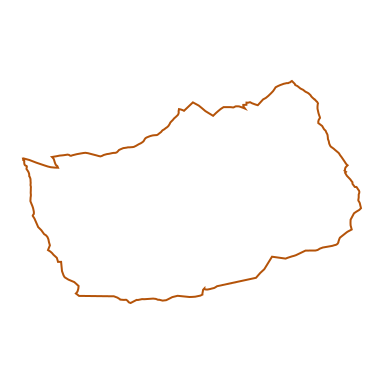 Iacobeni, Suceava, Romania
{"feature_id": "2599482B55221008009408", "entity_name": "Iacobeni", "entity_type": "district", "adm_level": 2, "iso_a3": "ROU", "parent_name": "Romania", "parent_adm1": "Suceava", "projection": "natural_earth1", "projection_center": [25.302, 47.433], "detail": "fine", "context": "isolated", "style": "outline", "palette": "amber", "viewbox_px": 384, "rotation_deg": 0, "n_neighbors": 0, "source": "geoboundaries", "source_scale": "gbopen_adm2", "svg_char_len": 5141}
<svg xmlns="http://www.w3.org/2000/svg" viewBox="0 0 384 384"><path d="M75.9,293.5L76.3,293.8L77.5,294.7L79.0,295.9L96.5,296.1L113.9,296.3L117.6,297.7L118.7,298.5L119.5,298.8L120.2,299.6L121.3,299.7L123.7,299.9L125.6,299.8L126.2,299.8L127.5,300.7L128.8,302.3L130.6,303.0L136.6,299.9L137.9,300.0L142.1,299.1L144.2,299.2L145.8,299.1L153.1,298.6L155.8,298.9L158.1,299.8L159.0,299.7L162.6,300.6L166.1,300.2L167.6,299.5L172.3,297.1L177.6,295.8L189.5,297.0L192.3,296.9L195.2,296.7L200.4,295.6L202.4,294.6L202.3,294.3L203.1,289.8L204.2,288.6L204.4,288.4L204.4,289.2L205.9,289.5L207.7,289.5L210.2,289.0L211.6,288.6L214.1,288.0L215.4,287.3L217.1,286.2L256.0,277.8L260.2,273.0L264.3,269.2L272.0,256.7L285.6,258.6L287.6,257.8L291.9,256.4L293.8,255.9L295.9,255.2L305.5,250.6L315.5,250.5L317.6,250.0L319.9,248.6L322.9,247.5L324.1,247.3L330.4,246.2L332.5,245.8L333.7,245.4L334.7,245.1L335.7,244.9L336.6,244.5L337.7,243.6L338.4,242.3L338.4,241.8L339.2,239.3L339.9,237.7L346.2,232.7L347.4,231.8L351.7,229.5L351.3,228.0L350.6,225.4L350.5,222.9L350.6,219.7L354.0,213.3L356.3,211.7L359.3,209.9L361.0,208.2L360.3,205.4L359.8,203.2L359.3,202.1L358.4,200.7L358.3,200.0L358.5,198.8L358.6,198.1L358.7,197.5L358.7,196.1L358.7,195.3L358.7,194.5L359.2,193.1L359.3,192.4L359.3,191.6L359.0,190.6L358.3,189.7L357.7,188.8L356.7,187.2L356.4,187.0L356.1,186.9L355.7,187.0L355.2,187.0L354.7,186.9L354.0,185.8L353.1,184.7L352.5,183.8L352.5,183.6L352.4,183.0L352.5,182.3L350.8,180.2L350.6,179.7L346.8,175.7L345.1,172.8L346.0,171.9L345.1,171.2L344.5,170.6L345.0,169.7L345.1,168.7L345.5,167.5L346.6,166.3L347.6,165.3L346.6,164.5L345.3,162.7L344.9,162.0L342.1,157.9L341.2,156.6L340.3,155.5L339.2,153.7L338.7,153.0L338.6,152.9L334.9,149.8L333.7,148.7L331.6,147.2L330.9,146.7L330.4,146.1L330.1,145.6L329.2,143.6L328.8,141.3L327.9,138.9L327.9,138.0L327.6,135.5L327.4,134.5L326.3,132.4L325.6,130.7L324.4,129.6L323.9,129.0L322.8,127.1L322.2,126.0L321.0,125.1L319.7,124.1L319.1,123.7L318.3,123.1L318.3,121.4L318.8,119.7L320.0,117.9L319.7,116.7L319.2,115.4L318.5,113.2L317.7,109.6L317.5,108.6L317.5,106.6L317.7,104.5L318.0,103.4L317.5,102.5L317.0,101.7L316.5,101.4L315.3,100.0L314.6,99.3L314.4,99.4L311.9,97.1L311.1,96.2L310.7,95.4L310.1,94.8L308.5,93.3L306.9,92.4L305.6,91.8L304.5,91.0L303.6,90.2L302.7,89.6L302.2,89.4L301.0,88.8L300.4,88.5L299.2,87.5L299.0,87.3L298.7,87.1L298.2,86.7L297.6,86.2L297.3,86.0L295.8,85.3L295.2,84.9L295.0,84.7L295.0,84.4L294.8,83.9L294.3,83.4L292.7,81.8L291.9,81.0L291.5,81.2L291.4,81.3L290.9,81.6L290.6,82.0L290.2,82.3L289.4,82.5L288.8,82.8L288.2,83.1L287.9,83.1L286.8,83.1L285.1,83.5L283.7,83.8L282.1,84.4L280.4,85.0L278.1,86.0L275.6,87.3L274.8,88.6L273.1,91.1L271.0,93.3L268.2,96.0L267.2,96.8L266.0,97.8L264.8,98.5L263.1,99.4L260.1,102.7L257.8,105.2L257.4,105.1L255.4,104.5L251.9,103.2L250.3,102.3L250.0,102.2L249.2,102.4L248.2,102.7L247.5,102.7L246.5,102.6L246.4,104.8L243.3,104.9L243.3,105.9L243.7,106.8L245.0,108.6L243.1,107.8L239.1,106.4L237.3,106.3L235.9,106.3L234.9,106.7L233.6,107.4L232.6,107.4L231.2,107.2L229.6,107.1L223.6,107.1L220.7,109.0L218.4,110.9L216.1,112.9L213.1,115.8L209.3,113.5L205.4,111.1L202.1,108.3L198.8,105.6L192.9,102.4L184.0,110.8L183.1,110.3L180.9,109.5L179.0,109.1L178.6,111.2L178.7,112.8L178.4,113.9L177.9,114.9L176.9,115.9L175.4,117.3L174.2,118.3L172.8,120.0L171.2,121.6L170.3,122.6L169.5,124.3L168.3,126.1L167.0,127.3L165.9,128.0L164.9,128.8L163.8,129.6L162.7,130.2L162.3,130.5L161.1,132.0L159.4,133.3L157.5,134.8L156.5,135.1L154.7,135.2L152.8,135.4L150.4,136.0L148.8,136.6L146.6,137.5L145.5,138.2L144.7,139.2L143.8,140.9L142.7,142.0L140.9,143.2L138.8,144.2L135.9,145.9L133.8,146.9L132.5,147.1L129.9,147.3L128.1,147.3L126.8,147.6L124.9,147.9L123.3,148.1L122.6,148.4L120.7,149.2L119.0,150.0L118.3,150.8L117.7,151.5L116.7,152.4L115.8,152.7L115.0,152.9L113.6,152.9L112.2,153.1L109.1,153.8L106.9,154.1L103.7,155.0L102.0,155.9L100.4,156.4L98.6,156.0L96.5,155.4L93.4,154.6L88.0,153.2L85.4,152.8L83.5,153.0L80.5,153.5L76.7,154.2L72.3,155.3L71.0,155.8L70.0,155.6L69.0,154.9L67.5,154.6L66.4,154.8L63.7,155.2L61.9,155.4L59.6,155.6L56.7,156.2L52.0,157.0L52.7,157.7L53.8,159.1L54.9,162.7L55.8,164.9L57.3,166.1L58.0,167.7L54.7,167.6L50.7,167.2L47.8,166.5L44.4,165.4L36.4,162.7L29.4,160.0L23.5,158.4L23.0,158.5L23.2,159.1L23.2,160.1L23.6,160.4L24.2,160.6L24.3,161.0L24.2,162.4L24.3,163.4L24.4,164.1L24.7,164.8L25.0,165.2L25.7,165.7L26.4,165.9L26.8,166.3L26.8,167.2L26.5,168.2L26.5,169.0L26.9,169.6L27.4,170.3L28.3,171.7L29.1,173.7L29.2,174.9L29.3,176.4L29.6,176.6L30.3,178.3L30.5,179.3L30.6,181.8L30.7,182.8L30.6,184.1L30.5,185.1L30.8,186.3L30.9,187.2L30.8,188.7L30.8,190.2L30.7,192.9L30.9,195.0L30.8,196.3L30.6,197.5L30.4,201.1L30.6,201.7L31.6,204.2L32.4,206.1L33.1,208.2L33.8,211.5L33.9,212.9L33.8,214.0L33.2,214.7L32.7,215.8L34.5,218.6L34.7,219.1L37.8,226.2L38.1,227.0L38.6,227.5L41.3,230.2L44.1,234.1L45.5,235.0L46.1,235.4L47.5,237.1L48.4,239.3L49.0,242.3L49.9,245.3L48.0,250.1L50.3,251.5L52.1,253.1L53.4,254.7L56.8,257.8L57.7,260.7L58.0,261.9L61.1,261.9L62.0,271.1L63.6,275.5L64.7,277.3L68.4,279.6L74.3,282.1L78.6,286.0L78.3,288.8L77.9,290.1L77.5,291.5L76.2,293.2L75.9,293.5Z" fill="none" stroke="#b45309" stroke-width="2"/></svg>